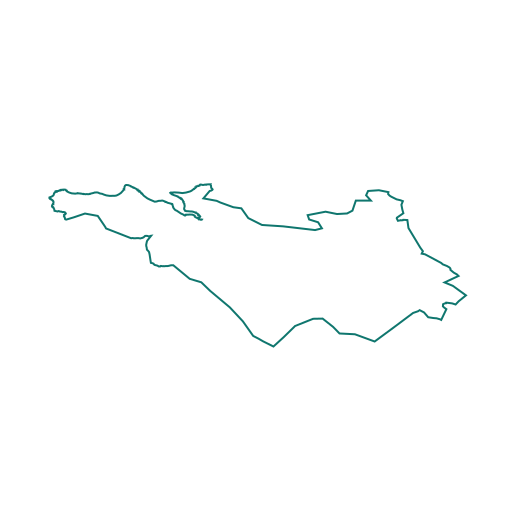 outline of Lærdal nor, Sogn og Fjordane, Norway, rotated 10°
{"feature_id": "86288312B68265317088275", "entity_name": "Lærdal nor", "entity_type": "district", "adm_level": 2, "iso_a3": "NOR", "parent_name": "Norway", "parent_adm1": "Sogn og Fjordane", "projection": "robinson", "projection_center": [7.33, 61.039], "detail": "fine", "context": "isolated", "style": "outline", "palette": "teal", "viewbox_px": 512, "rotation_deg": 10, "n_neighbors": 0, "source": "geoboundaries", "source_scale": "gbopen_adm2", "svg_char_len": 5959}
<svg xmlns="http://www.w3.org/2000/svg" viewBox="0 0 512 512"><g transform="rotate(10 256 256)"><path d="M387.7,319.6L405.3,301.1L420.6,284.8L425.3,282.2L426.0,281.3L426.1,280.9L425.9,280.7L431.3,282.4L436.2,286.4L441.5,286.3L444.6,286.0L448.3,286.4L449.5,286.8L452.7,275.3L450.1,274.0L448.8,273.1L448.6,271.0L450.0,270.0L450.9,269.6L451.3,269.5L451.2,269.1L451.3,268.9L457.4,268.6L461.0,269.1L463.5,265.3L469.6,258.3L455.0,251.2L446.3,249.3L458.9,240.5L457.7,239.7L457.2,239.3L453.8,238.1L452.5,237.4L449.9,235.9L449.6,234.6L449.1,234.1L448.5,233.7L445.8,232.7L441.4,231.8L439.6,230.7L422.2,225.0L418.8,224.9L419.5,222.3L416.3,219.2L401.3,202.0L398.8,194.3L394.7,194.8L394.5,195.2L393.9,195.3L393.5,195.6L392.2,195.6L391.9,195.9L391.1,196.1L389.7,196.7L388.1,194.6L388.1,193.8L393.7,188.3L392.1,185.0L390.3,180.3L391.1,176.5L388.5,176.0L384.6,175.8L378.9,174.1L377.0,173.3L375.7,172.3L375.4,172.1L375.3,171.4L375.3,170.1L365.6,169.9L355.1,172.5L353.9,177.1L359.5,181.5L344.7,184.1L343.1,194.6L338.3,198.3L328.5,200.6L316.8,200.3L299.8,206.8L302.0,210.8L311.3,212.0L316.1,217.3L309.7,220.2L277.5,222.1L256.5,224.4L241.8,220.0L233.3,211.6L225.2,211.9L211.5,209.5L207.7,208.5L194.2,208.4L199.1,200.0L200.6,199.3L201.5,198.5L201.7,198.0L201.4,197.6L200.0,196.6L199.6,195.0L199.4,194.7L199.4,194.4L198.6,193.7L198.7,193.3L196.3,193.8L194.4,194.3L194.4,194.5L192.8,194.7L192.2,195.1L191.2,195.3L189.2,195.2L188.5,195.5L188.3,196.3L188.0,196.3L187.9,196.5L187.5,196.9L187.1,196.9L187.1,197.1L185.9,197.5L185.3,197.7L185.4,198.0L185.1,198.7L184.8,198.9L184.5,198.9L184.6,199.3L184.4,199.6L183.7,200.3L183.5,200.7L183.1,200.7L183.0,201.1L182.3,201.6L181.2,202.9L179.8,203.9L176.0,205.7L172.6,206.8L168.9,207.0L164.8,207.5L163.4,207.8L163.3,208.0L161.0,208.3L160.6,208.7L161.0,209.1L161.7,209.3L162.3,209.8L164.4,210.3L168.4,210.9L168.4,211.1L170.2,211.7L170.8,211.8L170.8,212.0L171.7,212.1L171.7,212.3L172.2,212.3L172.2,212.5L172.6,212.7L172.6,212.9L173.0,212.9L173.0,213.1L173.4,213.2L174.4,214.0L174.7,214.4L174.8,215.1L175.2,215.2L175.1,215.5L175.5,216.2L176.1,216.6L176.3,216.9L176.3,217.2L176.5,217.3L176.7,218.3L176.9,218.5L177.1,219.3L177.0,220.9L177.0,221.9L177.2,222.5L178.0,223.4L178.4,223.5L178.4,223.8L179.0,223.9L180.2,223.9L181.3,223.7L183.8,223.5L185.1,223.3L186.3,223.3L188.3,223.7L188.9,223.6L188.9,223.9L191.2,224.5L191.3,224.8L191.6,225.1L192.1,225.2L192.0,225.6L192.3,225.6L192.5,225.9L193.3,226.0L194.2,226.8L193.9,227.5L193.4,228.3L192.6,228.8L192.5,229.1L193.7,229.6L194.7,229.8L195.5,229.5L196.3,229.5L196.2,229.7L195.6,229.7L195.1,229.9L193.3,229.5L193.2,229.7L192.2,229.0L192.3,228.8L192.1,228.6L191.9,228.6L191.9,228.4L191.0,228.7L189.8,228.3L188.9,227.9L188.6,227.2L188.6,226.9L186.1,226.3L183.4,226.7L182.0,227.1L179.8,227.5L179.9,227.8L179.3,228.4L178.7,228.5L176.8,227.7L174.7,227.2L170.2,225.2L168.6,224.8L167.6,224.1L166.1,222.7L166.0,222.3L165.8,222.1L165.7,221.6L165.1,220.8L164.9,220.0L164.6,219.5L164.2,219.5L164.2,219.3L159.4,218.9L159.2,218.7L158.1,218.4L157.7,218.5L157.7,218.3L154.7,217.7L153.9,217.7L152.5,218.2L150.5,218.6L148.6,219.6L146.8,220.1L141.7,218.9L139.0,218.1L135.2,216.2L134.3,215.6L134.0,215.2L133.4,214.8L133.3,214.6L133.0,214.6L132.9,214.4L132.4,214.3L132.4,214.1L132.0,214.1L131.7,213.7L131.6,213.4L130.2,212.9L130.2,212.6L129.8,212.7L129.8,212.4L129.3,212.3L129.3,212.1L128.9,212.1L128.9,211.9L128.3,211.9L128.3,211.7L127.8,211.6L127.8,211.3L127.4,211.4L127.0,210.9L124.5,210.1L123.6,210.1L123.6,209.8L120.7,209.2L120.5,208.9L117.9,208.4L116.7,208.5L115.8,208.6L115.3,208.9L114.8,209.5L114.5,210.7L114.6,212.6L114.5,212.9L114.6,213.2L114.2,213.2L114.3,213.6L114.0,213.9L114.0,214.3L112.0,217.4L110.1,219.2L108.6,220.3L108.0,220.7L106.6,221.2L101.4,222.2L98.1,222.3L95.3,221.9L93.8,221.5L91.3,221.5L89.5,221.0L88.3,221.0L85.8,221.6L85.3,222.0L81.6,223.6L81.6,223.8L80.0,224.3L78.6,224.4L77.3,224.8L75.3,224.8L75.2,225.0L72.6,224.9L72.5,225.0L69.6,225.1L69.6,225.3L68.9,225.4L67.1,226.0L63.6,226.3L60.9,225.9L58.6,225.2L57.8,224.6L57.9,224.4L57.3,224.3L57.0,223.8L55.3,223.9L55.0,224.1L54.5,224.2L54.5,224.4L53.9,224.3L52.9,224.6L52.9,224.9L52.3,224.9L52.3,225.1L51.6,225.2L51.5,225.7L50.6,225.8L50.1,226.3L48.8,226.6L48.8,226.8L48.5,226.8L48.5,227.1L47.9,227.1L48.0,227.3L47.6,227.3L47.6,227.6L47.2,227.6L46.9,228.5L46.6,228.6L46.5,228.9L46.2,229.5L46.2,230.8L45.9,231.4L45.8,231.7L44.4,233.0L42.4,234.2L42.5,234.9L42.7,235.1L43.7,235.4L43.7,235.7L44.6,235.8L44.8,236.1L45.5,236.2L46.1,236.8L46.4,236.8L46.5,237.1L46.9,237.3L47.1,237.6L47.3,238.6L47.3,239.4L47.2,239.7L47.3,240.0L46.9,240.0L46.5,241.4L46.4,241.5L46.4,242.3L46.6,242.4L46.7,242.8L47.0,242.8L47.2,243.1L47.6,243.1L47.7,243.4L48.2,243.5L48.3,243.9L49.2,245.0L49.7,246.5L53.0,246.6L53.6,246.1L54.0,246.0L55.4,246.3L56.5,246.1L57.9,246.4L58.7,246.1L59.6,246.1L60.3,246.2L60.5,246.5L60.9,246.7L60.9,246.9L61.2,247.2L61.1,247.3L61.0,248.0L60.5,248.3L60.1,248.5L59.9,248.7L60.1,249.0L60.0,249.6L60.2,249.9L60.0,250.2L60.2,250.5L60.5,250.8L60.6,251.0L61.0,251.3L61.5,252.7L61.7,252.9L61.9,253.0L62.8,253.1L69.6,249.7L80.2,243.9L93.2,244.0L101.1,252.1L102.7,253.8L103.5,254.9L130.0,260.2L131.0,259.8L131.8,259.7L132.4,259.8L134.4,259.4L135.5,259.1L137.4,258.8L138.4,258.8L139.3,258.7L140.1,258.2L140.8,258.0L141.4,257.5L141.9,257.3L143.3,255.5L144.4,255.2L145.7,255.1L146.9,255.3L147.7,255.3L148.0,255.1L148.3,254.6L149.2,254.3L146.2,259.8L146.0,260.9L145.9,264.0L146.2,265.3L146.8,266.5L147.5,268.7L148.7,269.5L150.0,270.7L151.0,273.1L153.0,279.1L153.7,281.0L155.6,281.1L156.2,281.4L156.5,281.4L157.0,282.0L157.8,282.4L160.5,282.6L162.2,283.2L163.5,282.9L163.7,282.5L164.0,282.3L165.5,282.3L166.4,282.2L166.8,282.0L167.5,282.0L168.8,281.6L170.6,281.3L171.7,280.9L173.9,279.9L176.2,279.5L194.7,290.0L206.7,291.4L216.9,298.3L239.1,311.1L254.4,322.6L267.1,335.2L272.9,337.0L277.8,338.8L288.9,342.1L297.3,331.2L306.7,318.1L323.2,307.9L332.5,306.1L344.2,312.4L351.7,317.8L367.0,315.9L387.7,319.6Z" fill="none" stroke="#0f766e" stroke-width="2"/></g></svg>